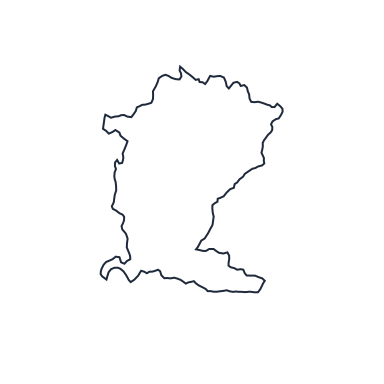 Nazareno, Minas Gerais, Brazil, rotated 42°
{"feature_id": "56859067B84580944201233", "entity_name": "Nazareno", "entity_type": "district", "adm_level": 2, "iso_a3": "BRA", "parent_name": "Brazil", "parent_adm1": "Minas Gerais", "projection": "orthographic", "projection_center": [-44.605, -21.212], "detail": "fine", "context": "isolated", "style": "outline", "palette": "slate", "viewbox_px": 384, "rotation_deg": 42, "n_neighbors": 0, "source": "geoboundaries", "source_scale": "gbopen_adm2", "svg_char_len": 3400}
<svg xmlns="http://www.w3.org/2000/svg" viewBox="0 0 384 384"><g transform="rotate(42 192 192)"><path d="M93.8,122.7L92.2,125.6L91.2,129.7L92.9,133.2L94.3,137.4L95.6,143.3L98.0,145.7L100.8,149.0L102.1,152.9L100.6,155.5L98.9,158.2L96.6,160.6L95.7,163.2L94.4,166.0L96.0,169.4L96.5,172.9L96.8,177.0L93.3,179.3L90.1,180.2L88.0,182.2L86.8,184.8L84.2,187.6L82.1,191.0L79.3,191.6L75.9,192.5L77.3,195.3L79.1,197.9L81.4,201.4L83.6,204.6L87.4,204.0L91.1,204.3L92.7,200.8L93.6,197.2L98.3,196.4L101.1,198.0L105.4,197.9L110.1,197.4L111.4,200.5L113.1,205.1L114.7,209.8L117.8,212.2L119.4,214.5L120.6,217.2L118.8,219.6L114.9,218.3L115.1,221.5L117.2,224.2L120.1,225.8L121.4,229.2L123.6,232.1L125.7,234.0L128.6,235.7L131.9,238.7L134.6,241.5L136.5,245.8L138.4,248.6L140.8,252.1L142.0,256.3L144.5,257.5L147.8,256.6L152.3,256.3L155.5,255.3L158.1,255.8L160.3,258.3L161.5,261.0L162.5,264.5L165.3,266.5L168.1,266.8L171.0,267.3L175.4,269.8L177.9,273.5L180.6,276.8L183.9,278.4L186.6,279.7L189.0,281.1L191.1,283.3L189.8,286.9L189.8,290.5L186.3,291.7L181.7,289.0L178.6,291.1L177.9,295.2L176.5,298.3L175.0,301.5L175.0,305.2L176.1,309.3L177.3,311.9L179.1,314.2L181.8,314.8L187.0,314.3L185.1,310.5L183.7,307.4L183.5,303.5L185.1,300.1L187.7,297.8L190.2,297.0L194.0,296.8L198.5,297.8L201.4,298.8L203.9,299.7L206.7,300.0L207.8,295.8L208.0,290.2L207.4,287.4L206.9,284.6L209.8,283.2L212.8,282.6L213.7,279.7L215.7,277.9L217.2,275.5L218.8,272.5L221.3,272.2L225.0,274.4L229.1,274.6L231.3,272.4L233.8,270.6L236.1,267.6L239.4,266.0L242.4,264.9L245.5,264.5L248.7,264.2L249.9,261.4L251.5,259.3L253.1,257.0L256.1,257.3L259.9,256.8L264.1,255.6L267.2,254.9L270.0,255.2L272.0,253.3L274.4,251.9L276.8,249.9L278.7,247.7L281.1,244.9L283.6,241.8L286.6,240.5L289.4,238.7L291.3,236.5L293.4,235.0L295.5,233.1L297.6,231.6L299.6,229.7L301.3,227.7L303.5,226.1L305.7,224.6L308.1,222.4L307.8,218.6L306.8,215.0L306.0,212.5L305.5,209.3L301.8,209.2L298.6,210.7L294.9,211.9L291.5,214.9L288.5,217.5L285.4,217.0L282.1,215.4L279.8,216.8L277.6,219.5L274.1,220.4L271.2,222.0L268.5,222.3L266.5,220.1L264.6,217.0L262.1,214.4L258.7,213.2L256.5,216.7L252.6,219.2L249.9,219.6L246.2,219.9L242.9,222.9L241.8,226.5L239.2,228.7L236.6,230.0L233.4,231.9L233.1,228.7L232.4,225.8L231.4,221.9L232.5,218.2L231.6,212.2L230.3,207.2L229.3,202.8L226.7,198.9L224.5,195.7L221.4,193.6L218.4,190.9L216.0,188.2L216.4,185.1L217.4,182.2L215.6,179.8L216.9,177.5L218.4,174.0L218.1,169.2L218.5,164.2L220.3,160.9L218.4,157.6L219.2,154.6L218.8,150.8L219.7,146.4L219.1,143.2L220.1,139.1L221.3,134.3L223.0,131.9L224.1,128.7L226.3,125.4L226.6,122.4L224.4,120.7L222.8,118.7L220.4,117.6L217.4,116.4L215.8,113.4L214.1,110.7L211.7,108.2L210.9,105.4L210.7,102.8L210.2,98.7L210.6,95.2L210.2,92.4L208.3,90.0L205.4,88.8L204.6,85.6L205.5,82.0L207.2,79.3L206.6,75.2L205.6,71.7L203.5,69.6L200.3,69.2L196.3,69.4L196.5,73.7L194.5,75.5L191.9,75.5L189.5,76.8L186.6,77.9L183.6,79.2L180.8,80.6L178.4,83.4L175.7,85.4L172.3,84.1L169.1,81.2L166.2,79.9L163.1,77.7L159.4,77.5L157.2,80.6L154.6,79.6L151.8,80.0L149.7,83.1L149.9,86.9L150.1,90.4L146.8,90.1L144.5,88.3L142.3,87.0L139.1,85.6L135.3,86.9L133.0,89.3L131.0,91.8L127.8,93.6L128.4,96.2L129.2,99.4L129.5,103.0L126.6,103.3L124.0,105.2L121.5,103.7L119.7,106.2L115.7,106.2L110.7,106.5L107.1,107.0L102.8,106.7L99.3,106.8L101.5,110.0L104.3,111.1L106.8,113.2L107.4,116.7L104.6,118.9L100.6,120.8L96.7,121.5L93.8,122.7Z" fill="none" stroke="#1e293b" stroke-width="2"/></g></svg>